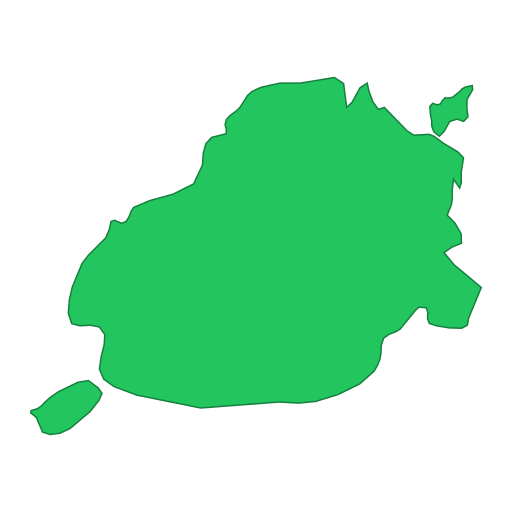 map outline of Bohol (Natural Earth projection)
{"feature_id": "PHL-2513", "entity_name": "Bohol", "entity_type": "Province", "adm_level": 1, "iso_a3": "PHL", "parent_name": "Philippines", "parent_adm1": "", "projection": "natural_earth1", "projection_center": [124.255, 9.856], "detail": "fine", "context": "isolated", "style": "filled", "palette": "green", "viewbox_px": 512, "rotation_deg": 0, "n_neighbors": 0, "source": "natural_earth", "source_scale": "10m", "svg_char_len": 1862}
<svg xmlns="http://www.w3.org/2000/svg" viewBox="0 0 512 512"><path d="M451.8,247.2L444.0,252.6L454.2,264.9L481.3,287.5L468.7,317.9L467.3,325.2L461.8,328.2L449.4,327.9L436.5,325.8L429.3,323.4L427.5,318.5L427.8,312.4L426.3,307.8L419.0,307.1L415.5,310.3L400.2,329.0L395.4,331.9L389.1,334.3L383.6,338.2L381.3,345.3L381.0,353.0L379.9,359.4L377.6,365.1L374.1,371.2L359.7,383.9L338.1,394.5L315.8,401.4L298.8,403.1L279.2,402.0L200.8,408.0L136.7,395.1L114.1,386.6L103.7,379.1L99.4,369.2L101.2,356.6L104.2,344.7L104.8,334.6L99.4,327.0L90.3,325.2L80.0,325.8L71.7,323.6L68.3,313.2L69.4,299.5L72.3,287.0L82.0,263.5L88.5,255.1L105.8,237.8L109.4,229.1L111.0,221.5L114.6,220.3L121.6,223.3L126.3,221.3L129.1,216.7L131.0,211.4L133.7,207.4L150.0,200.5L173.0,194.2L193.6,183.9L202.5,165.0L203.3,153.0L205.9,143.6L211.6,137.4L226.3,133.7L226.3,129.7L225.1,124.5L226.5,119.3L230.3,115.3L236.9,110.5L239.9,107.4L247.8,95.2L252.0,91.5L260.8,87.4L279.9,83.1L300.3,83.1L334.4,77.5L343.6,83.6L346.7,107.4L352.2,102.1L360.0,87.8L367.2,83.1L368.9,91.0L372.9,101.9L378.4,109.4L384.3,107.4L407.1,130.9L413.9,135.2L429.1,134.3L434.2,136.4L443.3,143.2L458.0,152.0L463.5,157.8L461.2,172.4L461.3,182.9L459.6,188.0L453.5,179.1L452.2,190.3L452.2,199.3L451.4,204.5L447.2,215.2L454.9,223.0L461.1,233.7L461.5,243.2L451.8,247.2ZM88.4,380.6L98.1,387.8L102.0,393.4L99.0,400.3L89.9,411.8L70.0,428.5L60.2,433.2L50.2,434.5L42.5,432.1L36.4,417.5L30.7,412.9L31.2,410.5L37.2,408.8L41.5,405.9L44.9,402.2L50.6,397.1L58.6,391.6L78.1,382.2L88.4,380.6ZM472.6,89.8L467.0,99.6L466.9,108.4L468.0,116.8L463.6,121.4L457.0,119.1L449.6,121.6L444.1,131.5L439.3,136.2L433.8,131.7L431.7,125.8L431.7,120.8L430.4,114.3L429.9,106.3L432.8,103.3L436.9,104.8L440.2,104.1L442.5,100.5L445.0,97.7L447.9,98.2L452.7,97.2L459.2,91.9L462.3,88.7L465.5,87.0L472.3,85.6L472.6,89.8Z" fill="#22c55e" stroke="#15803d" stroke-width="1.5"/></svg>